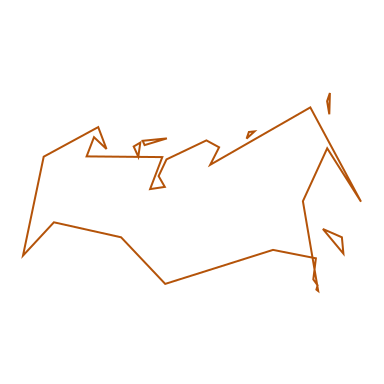 outline of Russia
{"feature_id": "RUS", "entity_name": "Russia", "entity_type": "country or territory", "adm_level": 0, "iso_a3": "RUS", "parent_name": "Europe", "parent_adm1": "", "projection": "albers", "projection_center": [98.07, 61.527], "detail": "coarse", "context": "isolated", "style": "outline", "palette": "amber", "viewbox_px": 384, "rotation_deg": 0, "n_neighbors": 0, "source": "natural_earth", "source_scale": "50m", "svg_char_len": 701}
<svg xmlns="http://www.w3.org/2000/svg" viewBox="0 0 384 384"><path d="M318.2,291.0L316.4,289.6L317.6,285.3L313.3,279.4L315.9,258.3L273.0,249.9L165.2,283.9L121.1,237.3L53.9,222.3L23.0,255.6L43.7,156.7L98.2,127.1L106.5,149.0L94.0,137.2L86.6,156.4L162.3,157.1L150.1,189.1L164.8,186.9L158.6,176.1L166.5,159.4L206.4,140.4L219.1,147.3L210.2,164.8L310.3,107.4L361.0,201.7L327.2,148.3L302.9,201.2L318.2,291.0ZM329.3,114.3L327.1,101.2L329.9,93.0L329.3,114.3ZM166.9,138.4L144.6,145.1L142.7,140.8L166.9,138.4ZM322.9,229.0L341.9,237.3L343.4,253.6L322.9,229.0ZM140.3,142.6L138.3,156.7L133.7,146.5L140.3,142.6ZM246.6,138.6L248.9,132.0L254.5,131.4L246.6,138.6Z" fill="none" stroke="#b45309" stroke-width="2"/></svg>